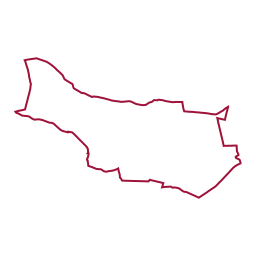 outline of Urziceni, Romania
{"feature_id": "2599482B49028853764158", "entity_name": "Urziceni", "entity_type": "district", "adm_level": 2, "iso_a3": "ROU", "parent_name": "Romania", "parent_adm1": "", "projection": "equal_earth", "projection_center": [22.375, 47.735], "detail": "fine", "context": "isolated", "style": "outline", "palette": "rose", "viewbox_px": 256, "rotation_deg": 0, "n_neighbors": 0, "source": "geoboundaries", "source_scale": "gbopen_adm2", "svg_char_len": 4680}
<svg xmlns="http://www.w3.org/2000/svg" viewBox="0 0 256 256"><path d="M228.1,106.8L226.9,107.5L226.4,107.8L225.9,108.1L224.8,108.9L224.3,109.3L223.9,109.7L223.7,109.9L222.6,110.8L222.2,111.0L221.4,111.4L220.2,112.1L217.4,113.8L216.6,114.2L216.2,114.3L215.7,114.4L213.9,114.3L210.5,113.9L208.5,113.5L206.5,113.2L203.0,112.9L199.3,112.5L198.1,112.4L195.4,112.2L192.7,111.9L188.5,111.7L185.4,111.4L184.2,111.3L183.5,109.1L183.1,107.1L182.4,102.8L182.3,102.0L179.3,102.0L177.1,101.9L175.8,102.0L175.0,102.0L172.7,102.2L169.3,101.7L167.6,101.4L165.9,101.1L164.7,100.8L162.8,100.2L158.6,99.7L158.0,99.9L157.4,100.3L154.1,100.1L153.1,100.8L152.8,101.1L152.5,101.4L151.6,102.0L150.0,102.3L148.6,103.0L147.1,104.0L146.1,104.8L143.5,105.1L142.2,105.1L139.2,104.6L136.2,104.0L133.4,102.7L130.9,101.5L129.1,101.2L128.0,101.3L124.5,101.6L121.2,101.9L119.7,101.6L118.3,101.4L114.9,101.0L112.7,100.6L111.7,100.5L109.8,99.9L107.6,99.3L104.0,98.3L102.5,98.0L98.6,97.1L97.0,96.8L94.2,96.6L93.7,96.5L92.9,96.5L92.0,97.0L91.6,96.9L89.7,95.8L88.4,95.4L87.7,94.9L84.2,93.2L81.6,93.0L79.1,91.4L76.5,89.9L73.9,88.4L73.7,88.1L73.4,87.4L73.1,86.2L72.9,85.4L72.3,83.9L71.1,83.3L69.5,82.3L68.3,81.6L64.6,79.3L63.5,77.1L62.7,75.3L61.5,74.1L59.9,72.5L57.0,70.0L55.3,68.2L53.2,66.4L51.5,65.0L50.0,63.9L46.9,61.9L43.9,60.8L39.1,59.2L36.5,58.3L33.9,58.7L30.4,59.2L27.6,59.6L24.7,60.2L24.9,60.6L25.4,61.8L25.7,62.8L26.3,64.9L27.2,67.7L28.0,70.0L28.2,71.5L28.7,73.3L29.1,76.2L29.3,77.7L29.9,79.7L30.2,81.7L30.9,84.0L30.6,85.8L30.2,89.3L29.9,90.3L29.3,93.0L28.7,95.2L28.6,95.4L28.4,96.2L27.7,99.0L27.0,101.8L26.4,104.2L26.2,104.6L25.8,106.4L25.2,108.8L25.1,109.4L22.2,110.1L17.7,111.1L15.4,111.7L15.7,112.2L16.1,112.6L16.4,112.8L16.6,112.9L18.1,113.4L20.2,114.5L22.3,115.7L23.0,115.7L23.3,115.7L25.4,116.0L27.3,116.1L29.0,116.5L29.3,116.6L31.3,118.1L31.8,118.4L32.9,119.0L34.3,119.6L34.6,119.6L37.4,119.4L38.5,119.3L39.6,119.4L41.6,119.9L41.8,119.8L49.6,122.7L50.1,122.7L51.9,122.9L52.7,123.2L53.4,123.5L53.9,123.9L58.9,128.4L60.7,130.0L62.5,130.9L64.2,131.4L66.2,131.9L68.0,132.3L68.2,131.7L72.2,132.4L73.7,133.7L76.5,136.5L79.8,139.9L86.7,146.8L86.7,147.3L87.4,148.1L87.7,148.5L87.8,148.8L87.8,149.3L87.9,149.8L87.9,150.1L88.0,150.3L88.0,150.5L88.0,150.8L88.0,151.0L88.1,151.3L88.1,151.6L88.0,152.1L88.1,152.3L88.2,152.7L88.2,152.9L88.1,153.0L88.4,153.0L88.5,153.1L88.4,153.2L88.2,153.6L88.2,153.8L88.4,154.2L88.5,154.4L88.5,154.8L88.4,155.1L88.2,155.6L88.2,156.1L88.2,156.4L87.9,157.0L87.8,157.3L87.8,157.5L87.7,157.6L87.4,158.2L87.3,158.6L87.2,158.8L87.1,159.1L87.0,159.3L87.1,159.7L87.2,159.8L87.2,160.0L87.3,160.3L87.7,160.5L87.6,161.0L87.7,161.4L87.8,162.1L88.1,162.8L88.1,163.2L88.1,163.4L88.1,163.7L88.1,164.2L88.1,164.6L88.2,164.8L88.4,165.3L88.4,165.6L88.4,165.9L88.5,165.9L88.8,166.0L89.1,166.1L89.8,166.4L90.6,166.6L91.1,166.8L92.0,167.1L92.3,167.2L92.7,167.5L92.9,167.5L93.3,167.6L93.5,167.6L93.9,167.9L94.5,168.1L94.8,168.2L96.0,168.8L96.4,168.9L97.1,169.0L97.6,169.0L98.4,169.2L99.0,169.2L99.3,169.1L100.3,169.2L100.9,169.3L101.1,169.4L102.5,170.3L103.0,170.6L103.2,170.8L103.7,171.1L104.6,171.4L105.2,171.6L106.0,171.7L106.6,171.7L108.7,171.1L109.1,171.1L109.4,171.1L110.3,170.9L111.7,170.8L112.9,170.5L113.6,170.4L114.2,170.2L115.0,169.9L116.0,169.6L116.3,169.4L116.7,169.2L117.5,168.8L117.9,168.7L118.2,168.5L118.5,170.1L118.8,171.7L119.2,172.8L119.4,173.4L119.6,174.0L119.8,175.8L119.9,176.9L120.0,177.5L120.2,177.9L120.6,178.2L120.9,178.5L121.1,178.9L122.1,180.6L122.4,180.6L123.4,180.6L124.5,180.7L127.5,180.8L134.2,181.0L138.7,181.1L148.5,181.4L149.7,179.9L149.8,179.9L150.0,179.9L150.4,180.0L150.8,180.1L159.3,182.1L163.0,183.0L163.3,183.1L162.3,186.7L162.1,187.3L163.2,187.1L165.0,186.9L165.9,186.9L167.3,186.8L169.1,186.7L170.5,186.7L170.9,186.7L171.0,186.7L171.8,187.2L172.6,187.7L172.9,187.7L174.5,187.4L176.8,187.8L178.1,188.0L178.4,188.2L179.1,188.5L179.8,188.9L181.0,189.8L182.5,190.9L183.3,191.4L184.0,191.7L186.6,192.1L188.1,192.8L198.1,197.3L198.8,197.7L201.8,195.7L206.8,192.4L208.7,191.0L214.1,187.4L216.1,185.9L216.8,185.1L217.6,184.3L220.0,181.8L220.9,181.0L223.9,177.8L224.8,176.8L226.6,174.9L227.9,173.6L229.7,171.6L233.4,167.6L235.6,165.9L237.9,164.6L240.5,163.4L240.6,163.2L240.6,162.9L239.7,160.0L239.5,159.7L239.1,159.4L236.4,158.2L235.9,157.8L235.8,157.4L235.7,156.7L238.5,155.1L238.5,154.7L238.2,153.8L237.5,152.4L236.9,151.2L236.6,145.6L232.9,145.6L232.2,145.7L226.0,145.8L224.9,145.8L223.7,145.9L222.6,140.7L221.6,136.7L220.7,132.9L219.3,127.0L218.9,125.2L218.5,123.8L217.7,119.7L217.3,118.1L217.8,118.2L223.0,119.4L224.2,119.6L224.9,119.8L225.4,117.6L226.7,112.2L227.9,107.8L228.0,107.1L228.1,106.9L228.1,106.8Z" fill="none" stroke="#9f1239" stroke-width="2"/></svg>